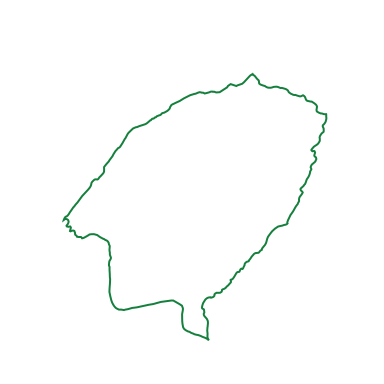 outline of Valle De San Jose, Santander, Colombia, rotated 29°
{"feature_id": "7082276B63653740618542", "entity_name": "Valle De San Jose", "entity_type": "district", "adm_level": 2, "iso_a3": "COL", "parent_name": "Colombia", "parent_adm1": "Santander", "projection": "equal_earth", "projection_center": [-73.106, 6.434], "detail": "fine", "context": "isolated", "style": "outline", "palette": "green", "viewbox_px": 384, "rotation_deg": 29, "n_neighbors": 0, "source": "geoboundaries", "source_scale": "gbopen_adm2", "svg_char_len": 6016}
<svg xmlns="http://www.w3.org/2000/svg" viewBox="0 0 384 384"><g transform="rotate(29 192 192)"><path d="M271.6,58.9L270.4,59.6L269.5,60.0L268.1,60.2L267.2,60.5L266.4,60.9L264.6,61.1L263.2,61.1L262.1,61.0L261.1,59.9L260.0,56.8L259.1,56.0L258.1,55.5L256.0,55.1L252.9,54.9L251.9,55.4L248.5,56.4L247.2,56.1L246.1,55.3L245.3,54.5L244.5,54.0L243.6,53.7L242.7,53.6L242.2,53.6L241.0,55.3L240.2,56.0L237.2,56.7L235.3,57.0L234.8,57.4L233.5,57.9L230.6,58.1L228.3,57.8L226.8,56.8L226.2,56.6L225.1,56.5L223.9,56.5L220.1,57.4L219.1,58.1L216.2,58.5L215.1,58.8L214.1,59.4L212.7,60.3L211.3,61.8L210.5,62.5L208.8,63.5L207.4,64.0L206.3,64.1L204.5,64.0L203.7,64.1L202.1,64.5L199.7,64.8L198.3,64.6L197.9,64.2L196.5,62.3L195.8,61.9L195.0,61.8L193.3,61.2L190.7,60.1L188.6,59.8L188.2,59.6L188.2,60.0L187.5,60.0L186.6,61.6L186.2,62.8L184.3,70.6L183.5,72.9L180.0,76.8L179.4,77.8L173.5,78.9L172.0,81.9L172.0,83.4L167.8,91.3L164.9,93.2L162.5,93.6L161.9,94.2L160.9,94.4L159.8,95.1L158.8,96.4L157.7,97.5L155.9,99.2L155.3,99.7L153.7,99.7L152.4,100.4L151.7,100.5L150.4,100.9L149.1,102.2L147.6,104.2L146.7,104.9L143.5,108.2L139.6,113.9L137.1,118.4L134.5,121.9L133.2,123.8L132.4,124.8L131.8,126.0L131.7,128.0L132.0,129.9L131.9,130.7L131.2,132.9L130.7,133.7L129.3,136.0L128.0,137.2L127.5,138.0L127.3,139.3L126.8,140.2L125.9,141.1L124.4,143.0L124.3,143.8L124.1,144.2L123.4,144.8L123.1,145.9L122.7,146.5L121.8,147.1L121.5,147.8L121.3,148.9L121.2,149.2L120.8,149.5L119.8,152.3L119.1,154.0L118.3,155.3L114.0,159.9L112.5,161.8L111.3,162.8L109.6,165.1L107.8,171.0L107.6,172.5L107.7,177.1L107.5,178.3L107.5,182.9L107.2,187.3L107.0,188.0L106.6,188.8L106.1,189.4L105.7,191.4L105.2,193.4L105.0,197.2L105.1,199.1L104.4,204.3L104.4,205.6L104.1,206.9L103.6,209.1L103.0,212.6L103.3,213.4L104.0,214.5L105.1,216.6L105.3,217.4L105.3,218.3L105.2,219.1L104.4,222.4L103.9,224.0L103.7,226.0L103.4,226.7L103.1,227.0L102.0,227.4L101.1,228.0L100.7,228.5L100.2,229.9L99.8,231.4L99.7,232.3L99.7,232.8L100.3,234.6L100.5,235.8L100.5,237.5L100.0,240.3L97.9,248.8L96.9,256.8L96.3,259.3L96.0,261.6L95.6,263.2L95.5,264.3L95.3,266.6L95.0,269.2L95.0,270.6L94.8,272.2L94.6,273.2L94.0,274.4L93.5,274.9L93.2,276.1L93.3,278.3L93.4,278.7L94.1,277.1L95.4,276.5L96.3,276.4L97.3,276.6L98.5,277.8L98.8,278.8L98.9,280.2L98.6,282.3L99.1,282.8L100.7,282.4L101.6,281.6L102.2,281.2L102.9,281.5L103.4,282.0L103.8,283.7L104.2,285.3L104.8,285.3L105.5,284.4L106.2,283.7L107.1,283.2L107.9,283.1L109.6,284.5L110.1,285.5L110.7,286.0L112.4,286.3L113.2,286.9L115.3,286.0L116.7,285.2L117.4,285.3L118.2,285.8L118.7,285.5L119.9,284.1L122.1,280.5L122.9,278.9L124.3,277.8L126.7,276.4L130.0,275.6L133.1,276.0L135.1,276.0L136.5,276.0L138.1,275.8L139.7,276.0L140.5,275.8L141.4,275.8L142.7,276.2L143.8,276.9L144.8,278.1L145.9,278.8L146.5,279.6L147.8,282.5L148.6,283.7L149.5,284.8L150.6,286.7L152.9,288.7L153.3,289.7L153.3,292.7L154.4,295.4L155.1,296.6L156.2,297.5L157.8,300.4L159.3,302.7L161.7,306.7L162.6,307.8L164.5,311.6L166.6,316.2L168.2,319.4L171.1,322.8L173.9,325.8L175.7,327.4L177.7,328.7L179.6,329.7L181.4,330.3L182.7,330.4L185.1,330.3L187.3,329.1L189.8,328.2L190.8,327.1L192.7,325.6L195.9,322.4L199.6,319.7L209.1,311.4L212.4,308.8L218.0,303.3L226.3,297.1L228.3,296.0L235.1,296.1L238.3,296.3L240.5,298.2L241.2,299.6L242.6,303.7L246.0,309.6L247.5,311.8L249.7,314.5L251.3,315.5L253.3,315.9L256.1,315.9L257.6,315.5L259.6,315.6L261.5,315.3L263.3,315.2L265.1,314.7L266.8,314.1L269.3,313.7L271.2,313.6L274.0,313.2L276.4,313.1L278.6,313.5L276.5,312.1L275.9,311.5L274.2,308.2L272.5,305.8L271.3,303.2L270.9,302.1L269.5,298.9L268.4,297.2L266.7,295.9L265.8,295.5L263.0,294.5L262.1,293.9L261.6,293.3L261.3,292.8L261.2,291.4L260.8,290.8L259.8,289.5L259.6,289.2L259.2,288.9L257.4,288.9L256.8,288.4L256.2,286.8L255.7,284.5L255.6,283.5L255.8,279.8L256.0,279.0L256.4,278.0L257.0,277.0L257.6,276.3L258.4,275.7L259.2,275.1L259.7,275.1L259.9,275.2L261.1,274.0L261.6,273.3L261.9,271.9L261.6,271.4L261.3,270.5L261.6,269.4L262.5,268.1L263.6,267.6L265.4,266.5L266.2,265.1L266.2,264.4L266.0,263.7L265.7,262.9L266.1,262.2L266.8,261.5L267.5,260.4L268.0,259.2L268.2,257.9L268.9,256.2L269.5,253.4L269.8,252.3L269.6,251.6L269.1,250.9L268.8,250.8L268.4,250.2L268.7,249.6L269.4,249.0L269.8,248.0L270.0,246.2L270.1,243.0L270.1,242.0L270.2,241.0L270.4,240.4L270.8,239.8L271.7,239.2L272.1,238.8L272.1,238.3L272.0,237.8L271.9,236.2L272.3,235.1L273.4,234.9L273.7,234.1L273.5,232.3L273.5,230.6L273.3,230.3L273.0,229.5L273.0,228.5L273.2,227.8L273.4,227.2L273.9,226.3L274.8,225.5L275.1,225.0L275.0,224.2L275.4,221.8L275.5,219.8L276.3,216.0L276.7,215.3L277.1,214.7L279.6,212.9L279.9,212.4L280.1,210.7L280.7,209.3L281.1,208.7L280.9,208.3L280.7,207.4L280.8,206.6L281.5,202.9L281.5,201.0L281.2,199.4L280.4,196.2L280.2,194.1L280.8,189.4L281.2,187.2L281.6,186.1L282.3,183.9L284.1,180.4L286.0,178.7L287.2,177.7L288.6,176.1L289.4,175.5L290.4,174.4L290.8,173.2L290.4,172.9L290.0,172.2L289.6,169.8L289.6,168.9L289.3,164.4L289.5,162.9L289.8,159.8L289.8,155.6L289.9,153.6L290.3,151.3L290.1,150.6L290.1,148.6L290.0,147.9L289.1,146.4L288.7,145.2L288.6,144.1L289.1,140.6L289.1,139.4L289.1,138.8L288.7,138.5L288.2,138.2L287.0,138.0L286.0,137.5L285.5,137.0L285.4,136.4L285.5,135.9L286.6,132.7L286.7,131.3L287.0,130.3L286.9,128.9L286.7,127.6L286.5,126.8L286.3,125.6L286.3,124.8L286.5,122.9L286.5,121.4L286.4,120.4L286.1,118.7L285.7,117.4L285.5,117.2L285.4,116.4L285.4,114.4L285.2,114.0L284.6,113.5L283.9,113.0L283.6,112.3L283.5,111.5L283.5,109.9L284.8,106.5L285.1,105.4L284.9,104.7L284.9,103.8L284.8,103.0L284.6,102.7L283.7,101.7L283.0,101.5L282.5,101.5L281.7,101.2L281.2,100.7L280.5,97.8L279.4,96.9L278.9,96.9L277.7,97.9L277.0,97.9L276.0,97.4L276.0,96.9L276.2,95.3L276.4,94.5L276.6,93.4L277.4,91.8L278.1,90.5L278.4,89.8L278.7,89.1L278.9,88.2L279.0,86.6L279.0,85.5L278.6,84.7L278.1,83.7L277.2,82.5L276.8,81.2L276.9,78.5L277.1,77.7L277.9,75.6L277.7,74.9L276.7,73.2L276.3,72.6L275.2,71.8L274.5,71.2L274.1,70.2L274.5,68.9L274.7,67.9L274.8,66.6L274.8,65.8L274.1,63.1L273.7,62.2L272.9,61.1L272.2,59.8L271.6,58.9Z" fill="none" stroke="#15803d" stroke-width="2"/></g></svg>